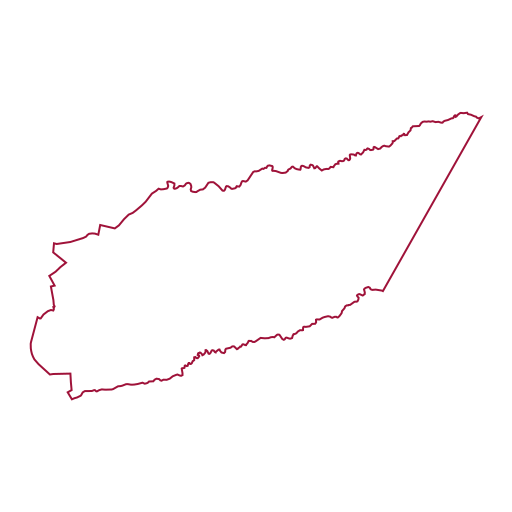 outline of Mazatecochco de José María Morelos, Tlaxcala, Mexico
{"feature_id": "50627088B35944605315833", "entity_name": "Mazatecochco de José María Morelos", "entity_type": "district", "adm_level": 2, "iso_a3": "MEX", "parent_name": "Mexico", "parent_adm1": "Tlaxcala", "projection": "mercator", "projection_center": [-98.156, 19.192], "detail": "fine", "context": "isolated", "style": "outline", "palette": "rose", "viewbox_px": 512, "rotation_deg": 0, "n_neighbors": 0, "source": "geoboundaries", "source_scale": "gbopen_adm2", "svg_char_len": 6070}
<svg xmlns="http://www.w3.org/2000/svg" viewBox="0 0 512 512"><path d="M481.3,117.1L478.9,118.4L476.8,117.6L476.1,116.7L474.2,116.2L470.9,114.7L468.0,114.1L467.1,112.7L463.7,113.2L460.8,112.9L460.1,113.1L458.1,114.5L456.4,116.5L455.7,116.8L455.4,115.3L455.0,115.3L453.9,116.4L453.6,117.5L452.9,118.2L451.4,118.4L448.0,120.0L444.8,120.8L443.5,121.5L442.5,122.7L441.3,122.7L438.4,121.8L435.5,122.1L432.7,121.2L430.4,121.7L428.6,121.4L426.6,121.7L424.4,121.5L422.6,121.9L420.8,123.5L419.9,125.2L419.1,126.0L412.8,126.3L411.7,127.7L410.9,128.1L410.5,130.4L408.5,132.3L407.0,135.0L404.9,135.2L404.4,134.7L404.2,133.9L403.7,133.8L402.6,135.3L401.5,135.4L400.9,136.2L399.5,136.1L398.3,138.4L396.9,138.5L394.3,141.1L392.7,141.2L392.8,142.3L392.4,143.4L390.4,145.6L389.0,146.6L385.7,146.2L384.3,145.7L383.2,146.0L381.6,147.0L380.3,148.5L378.1,149.1L374.9,147.1L374.1,146.9L373.6,147.3L373.5,149.1L373.0,149.7L370.8,150.1L370.0,149.9L369.3,149.1L367.7,148.4L367.1,148.7L366.6,149.6L365.6,150.0L364.4,149.8L363.1,152.4L361.0,154.5L360.1,154.3L358.5,153.0L357.7,152.8L356.9,153.1L356.4,153.7L355.9,155.5L354.8,155.3L354.1,154.7L353.4,154.5L351.1,154.3L350.2,154.5L349.8,155.0L349.8,155.5L350.2,158.3L349.9,159.3L349.3,160.1L348.4,160.2L346.7,158.5L345.5,158.4L344.7,159.0L344.1,160.5L343.1,161.1L341.9,161.2L340.0,160.8L338.5,161.4L338.1,162.1L338.5,163.0L338.5,163.7L336.6,163.8L335.4,164.2L333.7,166.4L333.4,167.2L330.6,166.9L329.3,168.5L328.3,169.0L326.5,168.9L323.8,169.4L321.8,170.5L319.3,168.5L317.2,166.3L316.9,166.2L316.3,166.7L315.3,168.1L314.3,168.3L313.0,165.6L312.1,165.0L310.6,164.7L309.8,165.5L309.6,167.2L308.6,167.9L305.9,167.4L303.8,166.2L302.5,165.8L301.5,165.9L300.8,167.0L300.6,169.0L300.3,169.7L299.1,169.6L296.6,169.1L294.8,168.3L293.0,166.7L292.2,166.7L291.8,166.9L290.5,168.5L288.5,169.5L288.1,169.9L287.8,170.9L285.7,172.6L282.7,173.0L281.0,172.9L276.0,171.1L273.7,170.8L272.7,170.9L272.3,170.7L272.1,170.1L272.7,167.8L272.6,166.5L272.3,166.1L269.5,165.4L267.9,165.7L267.2,166.4L266.4,167.9L265.0,167.8L263.5,168.9L262.3,168.6L258.7,170.9L256.2,171.4L254.7,171.3L253.2,172.0L247.6,180.4L245.8,181.6L242.9,181.0L242.0,181.4L241.3,182.8L240.6,184.9L239.3,186.6L236.7,186.2L236.3,186.7L236.3,187.4L235.0,188.3L232.1,188.9L231.3,188.7L229.8,187.3L228.2,186.3L226.6,186.1L226.0,186.6L224.9,189.8L223.9,190.8L222.5,190.6L218.6,186.2L214.1,182.6L213.2,182.2L210.6,182.2L208.4,182.8L205.2,187.6L202.9,189.4L200.2,189.7L197.2,191.4L196.5,192.0L195.2,192.1L192.6,191.7L191.1,191.0L190.7,189.4L191.3,187.3L191.2,185.9L190.5,184.0L189.4,183.1L188.4,182.8L186.6,183.3L185.9,183.8L184.8,185.4L183.0,186.5L181.0,186.0L179.4,186.0L178.0,187.3L176.7,188.2L174.8,188.8L174.0,188.5L173.6,187.8L174.4,185.4L174.4,183.5L171.4,182.1L169.5,181.6L168.0,181.6L167.3,182.0L167.3,182.6L168.2,185.9L167.7,187.6L166.9,188.5L163.5,189.2L160.9,189.4L158.6,188.7L156.1,190.9L151.9,193.6L145.6,201.8L141.9,205.4L136.0,210.4L132.7,212.9L128.7,214.6L124.0,219.2L118.9,225.4L114.8,228.4L100.2,225.0L98.3,234.7L94.9,233.6L92.2,233.4L89.1,233.8L87.5,234.9L86.1,236.6L83.2,238.0L70.3,242.0L56.7,244.0L54.0,243.3L53.2,252.4L66.0,262.7L60.5,267.0L55.6,271.7L49.3,275.9L54.6,285.6L50.9,286.5L53.4,300.1L53.8,304.8L54.6,306.4L54.2,307.1L53.4,307.1L53.9,309.1L53.3,310.5L50.9,310.0L47.8,311.2L43.5,314.5L40.7,318.4L39.9,318.5L37.6,317.2L31.0,342.1L30.7,343.8L30.8,348.3L31.2,350.9L31.9,353.9L33.0,356.7L34.4,359.4L38.5,364.1L49.9,374.5L53.2,374.0L70.4,373.6L70.9,382.4L71.6,390.1L67.7,392.3L71.9,399.3L74.5,398.2L77.0,397.5L80.7,395.7L81.2,395.1L82.7,392.4L84.8,391.1L91.9,391.0L94.2,390.1L95.0,390.2L96.2,391.3L96.9,391.4L99.3,390.1L101.8,389.4L105.3,389.7L111.6,389.5L113.1,389.1L118.0,386.3L120.5,386.1L122.2,385.7L126.0,384.2L127.7,384.1L131.1,384.7L134.0,384.6L137.7,384.0L142.5,382.7L144.7,383.7L146.1,383.4L147.6,382.9L149.0,381.5L153.3,381.3L154.6,379.7L156.5,378.7L159.1,379.1L160.3,380.3L161.5,380.7L163.4,379.7L166.7,379.8L167.8,379.4L169.7,378.7L172.7,376.3L176.1,374.9L177.4,374.5L179.7,375.5L181.1,375.8L182.5,375.1L182.5,373.2L181.7,368.6L182.1,368.2L183.9,368.1L184.5,367.8L184.7,365.8L185.2,365.4L186.8,366.1L187.7,365.8L188.2,363.8L188.7,363.0L189.4,363.0L189.7,363.7L190.2,364.0L191.0,363.9L191.8,363.2L192.7,361.1L193.4,360.8L194.2,360.1L194.2,357.3L195.3,357.0L196.5,358.1L197.7,358.2L199.2,356.4L199.1,355.6L197.7,355.0L198.1,353.4L198.4,353.1L198.9,353.3L199.8,352.5L200.5,352.7L201.9,354.1L202.4,355.2L203.6,354.6L205.2,352.7L205.6,351.5L205.5,350.2L206.0,350.0L207.3,351.0L208.5,353.6L209.1,353.9L209.6,353.8L210.6,352.7L211.7,350.5L212.6,350.2L213.8,350.6L214.9,352.1L215.6,352.4L215.7,351.9L218.6,349.6L219.5,349.5L220.2,351.0L221.5,352.5L224.0,353.1L225.1,352.0L225.4,349.5L226.1,348.7L230.6,347.7L231.9,346.6L233.0,346.3L234.2,346.5L236.9,349.2L237.7,348.9L238.4,348.0L239.7,347.3L240.1,346.6L241.0,346.6L242.5,344.4L243.4,344.3L245.3,345.1L246.1,345.1L246.3,344.4L247.3,343.5L248.1,342.1L248.6,341.0L249.0,340.8L250.1,341.0L251.1,340.9L252.7,341.9L254.3,342.0L255.4,341.5L260.6,337.9L264.7,338.3L268.5,338.1L271.0,337.2L273.1,337.0L274.3,337.3L276.9,334.9L277.5,334.6L279.0,334.6L279.6,335.0L282.3,339.0L283.8,339.8L284.7,339.3L285.7,337.8L286.6,337.6L289.4,338.6L290.6,338.6L292.1,338.0L292.7,335.7L293.6,334.1L294.5,334.1L296.3,333.3L297.9,331.5L300.0,330.2L302.3,330.3L303.0,330.1L303.1,327.7L303.4,327.0L304.1,326.7L305.8,326.9L309.7,326.3L312.1,323.9L315.1,323.8L316.1,322.4L316.0,319.7L316.7,319.4L319.6,319.5L322.6,317.7L324.6,317.0L328.1,316.2L330.3,316.7L331.3,317.5L332.2,317.8L334.7,316.8L336.3,316.8L337.3,317.5L338.0,317.4L339.4,316.1L341.0,314.0L341.7,312.9L342.0,311.1L344.1,308.7L344.7,307.8L344.9,306.9L345.5,306.1L347.0,305.3L348.1,305.4L348.6,305.0L350.1,304.9L354.1,302.0L354.8,301.7L356.6,301.7L357.5,301.3L358.4,299.4L358.6,297.7L357.3,296.3L357.0,295.4L357.4,295.0L358.4,294.3L359.6,294.1L362.6,295.5L363.4,295.2L363.8,294.6L364.7,294.1L364.8,292.4L364.0,289.4L364.5,288.7L365.6,287.9L368.3,287.0L369.8,287.7L370.2,288.7L370.9,289.4L372.3,289.9L375.7,289.6L381.9,290.6L382.9,291.1L481.3,117.1Z" fill="none" stroke="#9f1239" stroke-width="2"/></svg>